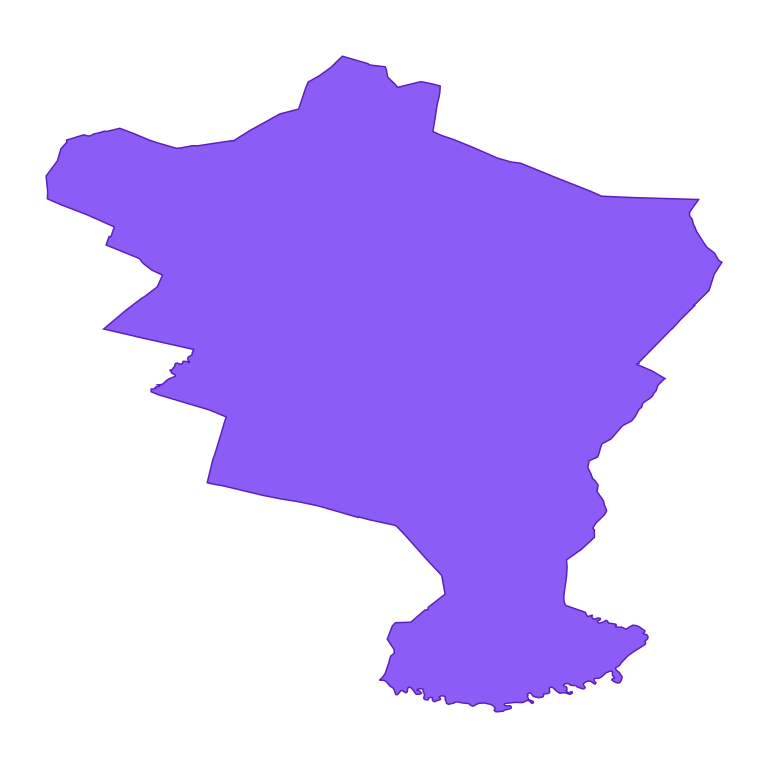 Malienas pag., Aluksne, Latvia
{"feature_id": "27541924B29031976448606", "entity_name": "Malienas pag.", "entity_type": "district", "adm_level": 2, "iso_a3": "LVA", "parent_name": "Latvia", "parent_adm1": "Aluksne", "projection": "robinson", "projection_center": [27.166, 57.339], "detail": "fine", "context": "isolated", "style": "filled", "palette": "violet", "viewbox_px": 768, "rotation_deg": 0, "n_neighbors": 0, "source": "geoboundaries", "source_scale": "gbopen_adm2", "svg_char_len": 6097}
<svg xmlns="http://www.w3.org/2000/svg" viewBox="0 0 768 768"><path d="M503.5,711.1L504.4,710.1L509.5,708.9L510.9,708.2L511.3,707.7L511.1,706.5L510.4,705.9L505.7,705.8L504.5,705.3L504.2,704.6L504.3,704.1L505.7,703.4L515.0,702.4L522.0,702.6L523.3,702.3L526.9,700.5L527.8,700.5L529.0,700.7L531.7,703.2L532.5,703.4L533.2,702.9L533.5,702.3L533.1,701.4L528.8,699.6L528.4,699.1L527.5,696.4L528.0,695.3L527.6,694.4L527.8,693.7L528.6,693.2L530.4,693.0L531.6,694.1L533.2,696.2L535.0,697.0L537.0,697.1L538.1,697.7L542.0,697.3L543.3,696.4L543.7,695.2L543.7,693.8L546.1,693.8L548.3,693.4L549.1,693.0L549.7,691.9L549.2,688.9L549.4,688.0L551.7,687.0L552.3,687.2L557.2,691.7L559.8,693.2L563.3,692.8L565.9,693.0L569.8,694.4L571.5,693.7L572.3,693.0L572.1,691.8L571.7,691.6L570.8,691.8L569.1,692.8L568.4,692.7L567.4,692.0L566.0,690.6L566.7,690.3L567.0,689.4L566.7,687.3L566.0,686.7L563.9,685.9L563.6,685.5L563.5,684.9L564.1,684.3L566.6,683.4L567.9,683.6L569.3,684.2L570.1,685.0L572.6,685.5L575.3,685.5L575.9,685.7L577.0,686.8L581.1,688.4L583.2,688.9L584.1,688.8L585.1,687.6L584.9,687.0L583.3,684.6L583.3,683.8L584.5,682.8L586.7,681.4L588.9,681.1L590.5,681.2L592.8,682.7L593.4,683.4L594.9,684.0L595.4,683.9L595.9,683.1L595.8,682.5L594.3,681.3L594.1,680.3L594.2,679.2L595.2,678.4L596.0,678.2L598.0,678.4L599.7,677.9L601.8,676.7L606.0,672.8L609.9,671.2L611.2,671.1L612.5,671.9L612.4,675.1L613.0,676.2L614.4,677.4L614.4,678.0L611.9,679.3L611.9,680.0L612.8,680.9L614.5,681.9L616.9,682.8L617.8,683.1L619.8,682.5L621.0,680.9L622.0,678.1L622.1,676.7L619.3,672.5L616.8,670.6L615.8,669.2L615.7,667.9L616.2,667.2L617.3,666.9L618.7,666.0L620.1,664.7L621.2,662.8L628.2,655.6L633.5,651.8L645.1,644.4L645.6,643.1L644.9,641.3L647.2,639.2L647.8,638.3L648.0,636.9L647.7,636.0L646.6,634.5L644.6,634.4L643.2,633.3L644.9,631.7L644.8,630.8L643.8,629.9L641.9,628.9L639.7,627.0L636.5,625.6L632.8,625.2L629.3,627.0L626.4,629.1L625.6,629.0L621.5,627.0L619.6,627.3L615.6,626.8L615.3,626.2L615.6,625.6L616.3,625.2L616.0,624.4L615.3,624.1L609.2,623.1L608.1,622.6L607.7,621.9L607.8,621.4L606.5,620.5L605.6,620.5L603.8,621.8L602.0,622.5L600.0,623.0L598.7,623.0L597.7,622.3L597.2,621.1L599.6,620.3L600.4,619.0L600.4,618.5L598.2,618.0L597.0,618.1L595.9,618.9L593.4,618.9L592.8,618.6L591.6,616.7L591.8,616.2L592.4,615.9L592.1,615.2L587.5,616.6L585.2,612.2L566.1,605.6L565.6,605.1L565.2,604.6L564.1,601.6L563.9,599.7L563.9,595.1L566.5,576.8L567.1,567.1L566.5,559.9L581.7,549.1L594.4,537.3L594.4,529.8L593.1,528.7L593.3,527.2L596.3,522.7L604.5,514.7L606.5,511.2L606.5,510.1L604.4,505.0L603.6,501.0L597.0,491.5L598.1,485.5L597.8,484.6L594.8,480.4L592.6,478.5L591.0,473.9L590.1,472.3L587.9,467.6L587.9,467.0L589.2,460.8L597.6,456.9L598.4,455.3L601.5,444.7L602.3,443.7L611.1,438.9L622.5,425.7L631.6,420.9L635.0,416.8L639.0,409.5L641.7,407.1L642.5,403.8L644.1,402.1L649.5,398.6L652.4,396.2L653.6,393.6L656.2,390.6L657.8,385.4L663.8,379.4L665.1,378.6L651.9,370.9L637.0,364.4L636.9,363.8L639.1,363.2L639.1,362.2L671.9,328.7L672.2,328.8L680.3,319.9L694.6,305.6L693.8,305.3L696.3,303.1L709.0,290.5L714.3,274.0L721.9,262.3L718.7,260.4L714.4,253.0L706.9,247.3L704.9,244.5L696.4,231.2L694.9,227.2L693.4,224.2L692.1,219.2L689.7,216.1L689.5,212.8L690.0,211.6L698.6,199.5L633.5,197.6L601.4,196.2L591.6,191.7L555.4,177.4L520.6,163.2L511.0,162.0L497.2,158.0L472.1,147.0L453.5,139.5L441.1,135.3L432.9,131.5L435.2,117.7L437.1,104.7L438.8,98.1L439.8,92.6L440.2,86.0L432.2,83.9L420.9,81.6L397.4,87.4L396.0,85.2L388.4,77.8L387.6,76.7L386.4,69.9L385.3,66.8L369.9,65.0L368.6,64.4L368.3,63.8L342.4,56.2L330.9,67.4L319.4,75.7L308.2,82.0L305.7,88.0L298.6,109.1L279.9,113.9L249.6,130.7L233.4,140.9L231.8,140.7L197.6,145.8L192.5,145.7L181.4,147.8L176.4,148.3L157.7,142.9L149.3,140.1L134.1,133.7L119.8,128.3L106.8,131.5L104.8,131.1L97.6,133.2L94.0,133.9L90.5,135.8L88.1,136.0L83.7,134.8L68.3,139.6L66.5,139.8L66.4,139.6L66.9,142.1L60.9,148.8L57.5,160.7L46.1,176.0L47.7,192.2L47.4,198.8L61.5,205.0L86.2,214.4L114.3,226.9L110.9,236.7L109.1,236.5L106.1,245.0L139.5,258.6L142.3,262.4L144.2,264.2L151.9,270.2L162.5,275.1L157.6,286.3L156.9,287.2L142.7,297.9L142.2,297.9L126.1,310.1L103.7,329.0L141.9,337.9L193.4,349.4L193.6,349.6L192.2,352.9L192.2,354.5L190.7,355.8L188.7,356.7L187.8,358.2L187.8,359.3L188.1,360.2L189.4,361.9L189.4,362.4L188.5,362.4L187.0,361.5L183.3,361.3L183.1,361.4L182.6,363.0L181.3,364.2L180.2,364.1L177.6,363.2L175.8,363.3L175.1,364.0L174.7,365.9L174.9,366.3L173.0,368.1L172.3,369.6L170.0,370.2L170.4,370.9L171.1,371.2L171.1,371.8L171.5,372.9L175.3,375.1L175.1,376.4L169.3,378.7L167.4,379.8L162.1,384.5L158.0,384.8L159.7,385.7L159.6,386.3L156.3,386.5L155.2,387.7L155.6,388.2L153.8,389.0L151.2,389.0L151.1,391.7L158.2,394.7L209.5,410.0L226.3,417.0L224.4,422.3L221.1,433.8L214.5,455.2L212.8,459.7L207.2,482.7L212.7,484.0L222.8,485.8L263.1,495.4L279.7,498.7L298.1,501.7L317.9,505.8L358.3,517.5L358.6,516.9L368.7,519.6L394.9,525.3L397.0,526.7L404.3,534.3L427.7,560.5L441.7,575.5L445.1,594.1L428.2,607.3L428.1,609.5L424.7,610.2L410.8,622.2L395.7,622.7L394.9,623.2L392.4,625.9L387.2,639.2L394.1,649.5L394.3,653.2L390.7,656.1L389.1,661.3L388.9,662.6L385.1,673.7L381.6,678.4L379.9,679.5L379.8,680.1L384.1,680.4L386.1,681.4L389.9,686.0L392.8,687.8L394.1,689.6L395.8,694.6L397.5,694.6L400.9,690.7L402.0,690.5L405.3,692.6L406.5,692.6L407.3,691.6L407.8,688.2L408.4,687.3L409.6,687.3L411.3,688.0L412.2,688.9L415.5,693.5L416.3,694.2L418.2,694.4L420.0,694.1L421.5,693.2L420.3,691.6L418.8,690.7L417.0,690.2L417.0,689.7L418.3,689.0L422.7,688.8L423.4,692.0L424.2,693.5L424.4,695.3L423.7,698.2L424.8,699.5L427.6,700.0L428.2,699.7L428.7,698.2L430.3,697.4L432.0,697.5L432.4,698.0L432.4,700.0L433.6,701.5L435.0,701.6L436.7,700.7L440.4,699.6L440.4,698.3L439.2,697.3L439.6,696.5L440.7,696.0L443.1,695.8L444.9,696.5L445.3,697.4L445.1,698.5L445.5,700.5L446.1,701.3L446.6,703.4L448.5,704.3L453.9,703.1L455.4,702.1L457.6,701.9L461.5,702.8L468.2,703.6L469.5,704.0L470.0,704.9L472.3,706.1L474.0,705.9L476.3,704.4L479.0,703.3L484.4,703.0L490.9,704.5L492.9,705.6L495.0,707.8L495.2,708.6L494.1,710.2L495.4,711.6L497.7,711.8L503.5,711.1Z" fill="#8b5cf6" stroke="#5b21b6" stroke-width="1.5"/></svg>